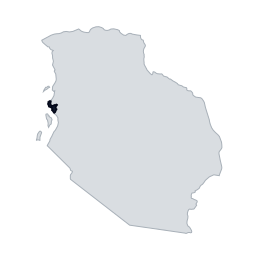 Dar-Es-Salaam on a map of United Republic of Tanzania (orthographic projection), rotated 189°
{"feature_id": "TZA-3378", "entity_name": "Dar-Es-Salaam", "entity_type": "Region", "adm_level": 1, "iso_a3": "TZA", "parent_name": "United Republic of Tanzania", "parent_adm1": "", "projection": "orthographic", "projection_center": [39.274, -6.872], "detail": "coarse", "context": "in_parent", "style": "filled", "palette": "ink", "viewbox_px": 256, "rotation_deg": 189, "n_neighbors": 0, "source": "natural_earth", "source_scale": "10m", "svg_char_len": 4255}
<svg xmlns="http://www.w3.org/2000/svg" viewBox="0 0 256 256"><g transform="rotate(189 128 128)"><path d="M93.8,183.0L90.9,181.5L88.3,180.6L86.1,179.6L85.2,178.6L83.1,178.3L81.4,178.1L79.8,177.2L76.5,176.9L76.1,176.3L76.0,174.9L75.5,174.6L74.3,174.2L73.0,174.3L72.2,174.5L71.7,174.4L70.6,173.6L69.6,172.6L69.2,170.9L67.7,169.9L65.9,169.1L61.1,169.2L60.4,169.0L59.2,168.2L57.9,166.8L56.7,165.3L55.8,163.1L54.7,160.3L49.0,148.8L48.3,146.7L47.2,144.3L45.4,141.3L43.5,139.2L40.9,137.2L38.0,135.3L36.4,133.9L33.4,128.6L32.7,126.0L32.2,123.4L32.4,122.3L34.2,118.9L34.3,118.0L34.1,116.7L33.1,114.0L31.9,110.7L29.5,104.8L29.1,103.3L29.1,102.2L30.4,96.1L30.4,95.2L35.9,95.2L40.0,92.5L43.4,88.4L44.1,86.8L45.5,84.2L46.9,82.9L47.5,82.0L48.3,79.5L50.1,77.7L51.9,76.4L51.5,75.4L51.8,75.1L52.7,74.4L54.7,73.7L55.0,72.4L55.0,70.9L54.7,70.1L54.7,69.1L54.4,68.5L53.2,68.4L51.3,67.7L49.7,67.4L48.7,67.0L48.3,66.7L48.1,65.8L49.0,63.5L48.1,62.5L50.0,58.6L50.4,58.2L51.1,58.1L52.2,57.7L53.2,57.5L54.1,57.6L54.7,57.4L55.2,57.0L55.7,55.7L56.0,53.5L55.8,51.7L55.0,50.4L54.8,48.3L55.1,45.5L54.9,43.1L54.0,41.3L53.0,40.2L51.7,39.7L49.4,36.9L48.8,35.5L48.9,34.7L49.7,34.3L51.0,34.4L52.4,34.1L53.6,33.2L54.8,33.0L55.4,33.1L111.2,32.3L176.7,68.3L177.0,68.8L177.5,71.9L177.4,73.0L176.4,74.8L176.1,75.8L176.1,76.4L176.4,76.7L177.2,76.8L178.0,77.2L178.2,77.5L178.8,78.9L179.5,79.6L204.4,97.5L205.0,97.8L204.6,99.3L203.2,102.9L203.2,104.4L202.6,106.2L202.1,107.4L200.6,112.6L199.4,114.5L197.8,119.0L197.6,122.5L198.5,124.9L198.8,127.1L200.7,129.3L202.2,130.1L203.3,131.2L205.1,133.5L206.2,135.8L209.5,136.9L210.8,139.5L210.3,141.3L208.8,142.8L207.3,145.2L206.2,148.4L206.2,153.2L206.9,152.5L208.7,153.7L208.9,157.2L207.1,161.4L206.5,163.3L206.5,165.0L207.8,170.0L209.7,172.5L209.6,173.3L209.1,173.9L212.4,178.4L212.1,182.3L213.4,185.3L213.9,187.9L214.8,189.9L214.9,191.3L213.9,192.9L216.3,193.3L217.8,194.5L218.4,195.7L220.2,195.7L221.2,196.5L222.5,197.2L225.6,199.2L226.4,200.2L226.9,201.2L218.5,207.6L215.5,209.2L213.3,209.9L211.0,210.4L208.8,211.4L206.8,212.9L204.1,213.7L200.9,213.7L197.5,214.8L192.2,218.1L189.1,216.3L186.6,215.8L183.8,215.8L182.1,216.0L181.5,216.4L181.0,217.6L180.5,219.4L178.7,221.2L175.5,222.9L172.6,223.5L169.8,223.1L168.0,222.4L167.0,221.4L165.6,221.0L163.8,221.1L162.0,221.8L160.3,223.1L157.6,223.7L153.8,223.5L151.8,222.9L151.5,221.8L149.9,220.5L146.9,219.1L144.7,219.1L143.3,220.5L142.0,221.4L140.8,221.8L139.8,221.8L138.3,221.4L134.1,221.3L130.2,221.4L129.8,219.4L129.0,218.1L128.3,217.4L126.9,217.2L126.5,216.7L126.1,215.4L125.4,214.3L124.5,213.4L123.9,212.6L123.7,211.8L123.9,211.0L124.7,208.9L124.9,207.4L124.8,206.0L124.3,204.4L123.4,202.7L123.5,202.1L123.1,200.9L123.1,200.1L123.2,199.0L123.0,197.6L122.2,194.6L122.2,193.8L121.3,192.4L118.7,189.0L118.5,188.5L114.4,185.1L112.7,184.3L112.2,185.0L112.0,185.6L112.1,186.7L112.0,187.3L111.9,187.5L110.9,187.5L110.3,187.4L108.7,186.5L107.5,186.2L104.5,186.4L103.5,186.7L102.7,186.5L101.1,184.9L99.2,184.6L97.5,184.5L94.7,182.8L93.8,183.0ZM209.9,124.3L211.2,128.1L211.1,128.9L210.1,129.3L209.6,129.3L209.0,128.7L208.6,127.4L207.9,127.7L206.6,126.2L205.4,126.1L204.3,124.3L204.7,122.7L204.5,120.0L205.8,118.6L206.5,116.2L207.4,117.8L207.6,120.3L208.8,123.3L209.9,124.3ZM216.5,101.6L216.6,102.5L216.3,103.4L216.4,106.1L216.3,107.9L215.2,110.3L214.4,111.2L213.7,111.0L213.1,110.6L212.6,109.9L213.5,105.3L213.1,102.0L215.0,102.3L216.5,101.6ZM213.7,156.6L212.7,156.9L212.4,156.6L211.8,155.9L212.8,155.3L213.8,154.0L216.1,152.2L217.2,150.8L217.0,152.2L215.7,155.3L214.6,155.5L213.7,156.6Z" fill="#d9dde1" stroke="#a8b0b8" stroke-width="1"/><path d="M203.3,131.3L204.8,132.7L205.4,134.3L205.7,134.5L206.0,134.2L206.0,136.1L206.4,136.4L206.3,135.8L206.6,135.8L207.4,136.2L208.7,136.6L209.3,136.6L209.8,137.3L210.0,137.9L210.8,139.0L210.9,139.3L210.7,139.6L210.8,141.2L210.5,141.2L209.9,142.3L209.6,142.1L209.5,141.8L208.8,142.4L208.6,142.1L208.3,142.2L208.3,139.6L207.4,138.4L206.5,138.2L205.4,138.3L205.0,138.9L204.5,138.9L204.1,139.4L203.5,139.2L202.5,140.1L202.1,139.8L201.7,139.9L201.5,139.7L202.4,138.1L202.7,137.9L202.9,137.5L202.7,136.8L202.2,136.5L202.0,135.5L201.8,135.3L201.4,135.3L201.4,135.0L201.9,134.4L202.2,132.8L202.5,132.0L203.3,131.3Z" fill="#0f172a" stroke="#020617" stroke-width="1.5"/></g></svg>